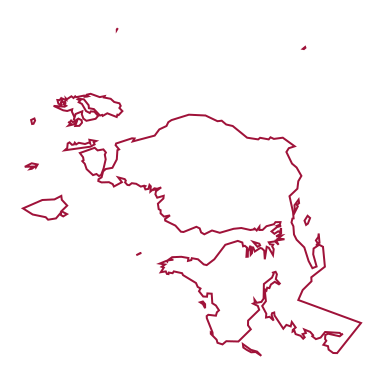 map outline of Papua Barat (orthographic projection)
{"feature_id": "IDN-1933", "entity_name": "Papua Barat", "entity_type": "Province", "adm_level": 1, "iso_a3": "IDN", "parent_name": "Indonesia", "parent_adm1": "", "projection": "orthographic", "projection_center": [132.375, -1.612], "detail": "fine", "context": "isolated", "style": "outline", "palette": "rose", "viewbox_px": 384, "rotation_deg": 0, "n_neighbors": 0, "source": "natural_earth", "source_scale": "10m", "svg_char_len": 5979}
<svg xmlns="http://www.w3.org/2000/svg" viewBox="0 0 384 384"><path d="M337.1,353.1L333.2,353.0L328.6,349.6L328.0,346.2L323.4,344.8L326.3,340.8L325.1,339.1L325.3,335.1L328.0,333.7L339.7,336.3L342.9,333.7L341.4,334.6L339.7,332.9L325.1,332.0L320.6,337.6L315.9,339.1L312.2,336.2L313.1,335.2L310.2,331.9L304.3,329.5L305.9,333.0L302.6,334.1L304.7,337.3L303.2,338.7L300.6,335.8L295.6,334.1L294.4,330.7L292.6,331.6L292.8,329.9L295.7,327.5L291.8,322.0L290.7,326.4L286.4,324.9L283.3,328.7L274.5,315.4L274.2,312.5L272.1,313.2L271.6,315.0L273.6,320.5L269.6,316.8L266.0,317.5L266.3,313.7L262.2,306.0L265.9,301.2L264.8,290.7L265.3,289.7L266.4,290.7L267.2,287.7L269.4,288.1L270.9,284.5L274.7,281.8L278.9,284.3L279.8,283.5L275.8,279.1L276.9,274.3L275.6,271.8L273.0,272.6L273.7,273.7L272.0,277.6L263.9,284.0L263.6,298.6L261.4,301.9L256.7,302.8L254.5,299.6L254.8,302.8L253.1,303.6L257.8,305.9L259.2,309.8L248.1,320.6L248.0,325.3L250.8,329.3L238.4,341.5L226.3,341.2L222.5,344.4L217.5,342.8L216.6,339.7L210.8,333.8L210.8,332.5L212.6,333.7L212.5,332.4L206.8,318.1L206.7,316.1L208.3,314.8L215.9,315.7L216.9,312.3L219.0,310.3L215.9,305.5L212.3,303.2L211.7,293.7L207.4,293.4L207.0,296.7L203.2,296.5L199.0,291.2L200.5,288.5L197.7,286.9L196.0,283.0L183.0,275.1L182.1,273.2L173.8,271.4L172.6,273.2L168.8,272.6L168.5,274.1L166.9,273.9L165.8,271.4L160.8,272.2L163.8,267.6L161.7,266.8L165.0,264.5L159.7,263.6L166.3,260.9L167.3,261.7L167.7,260.4L173.4,259.7L169.0,259.4L172.1,257.2L181.3,256.8L188.4,258.0L188.0,260.9L191.3,260.1L191.8,258.2L198.0,259.3L203.7,264.4L206.7,265.1L214.3,259.3L225.3,244.8L237.8,240.9L242.3,242.5L243.1,246.3L244.8,245.8L247.0,247.6L246.4,256.8L247.8,256.7L247.9,251.6L250.4,245.7L250.7,254.7L252.0,253.1L252.1,247.3L253.2,247.5L254.8,251.5L260.2,248.0L261.8,248.4L264.2,250.6L264.8,259.3L266.7,246.8L268.8,247.8L273.0,255.1L273.7,249.1L272.2,246.5L273.2,244.7L270.0,244.3L268.8,242.3L275.0,241.4L278.6,244.7L276.0,240.6L284.5,239.2L278.0,238.6L281.9,235.5L276.1,236.4L281.1,233.4L281.1,228.0L279.8,232.3L278.2,231.3L274.4,233.8L271.5,231.4L277.0,227.1L281.1,225.9L277.8,225.5L279.9,224.6L280.5,222.1L275.5,222.1L274.0,224.2L266.5,226.2L262.6,229.9L259.4,230.0L259.4,226.7L256.7,230.5L254.0,227.9L254.6,229.3L250.4,230.0L241.3,228.0L233.6,228.8L219.8,232.8L212.0,230.5L204.3,234.3L201.1,232.4L199.7,228.4L196.4,226.8L183.5,232.0L180.9,231.7L175.4,225.6L165.2,220.6L165.0,219.1L170.0,215.4L164.0,216.6L160.6,213.4L160.6,210.2L158.7,209.1L157.9,203.7L163.4,198.5L163.7,195.8L157.2,197.7L155.4,194.3L156.0,191.2L161.2,187.4L155.0,189.5L155.5,188.5L154.4,188.3L150.4,191.6L150.8,186.3L149.5,184.9L148.4,188.9L145.4,189.4L144.4,187.1L145.4,186.1L144.2,185.7L140.8,186.6L136.2,183.8L131.8,183.2L129.2,185.2L127.4,184.9L125.1,182.4L125.8,180.6L124.7,179.1L118.2,177.4L121.9,182.2L113.9,186.5L112.7,184.1L109.0,182.2L101.5,182.4L98.3,181.0L98.5,179.3L101.6,177.3L103.1,171.4L105.8,169.0L112.4,167.8L116.8,159.4L117.4,150.2L119.1,149.4L115.6,145.2L116.1,143.5L132.0,138.3L134.5,138.5L132.8,141.4L154.7,135.6L159.3,129.4L166.5,126.0L168.3,122.2L171.5,120.1L188.9,114.7L205.5,115.5L217.5,121.2L221.7,120.7L226.2,124.5L232.7,126.0L247.1,137.7L258.2,139.4L260.1,137.8L268.7,139.4L270.5,137.3L273.9,138.9L282.8,137.7L294.7,146.3L288.8,148.2L286.4,152.0L292.0,163.6L296.6,167.5L301.4,175.9L298.3,181.2L297.4,188.7L289.5,196.2L293.0,211.9L293.6,218.4L292.4,218.6L291.5,222.5L293.4,226.3L294.0,234.5L296.6,239.7L304.3,247.4L308.6,261.0L312.4,268.2L316.6,266.5L313.2,254.3L313.6,248.5L317.9,245.6L316.7,244.8L317.4,243.8L323.0,246.8L324.9,266.7L311.3,277.3L311.5,281.3L302.7,290.0L298.3,300.0L361.0,323.0L337.1,353.1ZM119.4,108.0L122.4,111.1L118.6,115.1L117.4,114.7L116.7,117.0L107.3,113.3L102.7,115.9L102.2,114.9L100.0,115.5L93.9,109.1L88.9,108.2L88.6,105.2L83.9,99.3L78.4,98.8L77.7,99.3L80.2,100.5L78.7,102.2L81.9,103.9L86.1,111.1L89.8,113.0L90.8,111.4L94.4,111.7L98.1,115.9L95.6,118.8L86.4,120.8L83.4,118.6L81.8,114.3L82.3,111.3L75.6,114.0L73.7,120.2L74.4,117.2L71.8,111.4L72.2,109.3L67.2,111.0L63.2,110.3L53.6,105.9L64.6,106.7L66.2,105.8L63.9,104.3L65.4,103.2L65.1,101.4L63.8,103.2L63.0,101.8L60.9,102.2L61.4,105.1L58.4,103.7L57.4,100.0L59.7,100.1L60.9,98.5L62.2,101.4L62.2,98.5L66.4,100.1L66.0,98.5L66.8,99.3L71.4,96.3L73.5,98.0L75.2,96.3L76.1,97.2L84.0,95.6L84.4,96.8L87.0,96.6L88.1,96.3L86.0,95.5L86.7,94.7L90.6,93.8L99.7,97.1L104.7,96.1L104.0,97.5L110.7,98.8L114.2,102.0L119.4,103.3L120.7,105.9L119.4,108.0ZM67.2,205.6L61.4,211.2L67.0,214.1L63.2,216.4L61.1,215.2L61.0,212.5L56.0,218.4L48.1,219.7L45.7,217.2L32.7,214.5L23.0,208.4L42.3,200.0L54.5,199.4L61.3,195.9L61.8,199.8L67.2,205.6ZM104.8,154.6L105.7,159.3L103.6,168.4L101.2,174.8L99.0,176.1L96.5,174.0L93.0,175.1L86.6,169.1L84.8,163.8L82.3,161.1L83.6,160.2L83.1,157.3L79.9,153.0L94.7,147.8L97.6,150.4L103.4,149.4L105.9,152.5L104.8,154.6ZM96.2,141.0L93.7,142.3L94.6,144.4L90.3,146.7L64.7,150.3L67.2,148.1L67.7,143.5L69.5,142.4L72.0,144.8L73.9,144.5L74.8,142.7L76.1,144.4L78.8,142.8L85.0,144.0L89.1,142.5L90.2,143.5L89.4,139.8L96.2,141.0ZM81.6,120.2L82.0,122.7L79.4,125.8L75.2,126.0L76.7,121.9L73.7,124.4L68.5,125.6L70.6,123.5L68.1,121.9L69.3,122.7L71.1,120.5L72.9,122.2L78.4,118.6L81.6,120.2ZM257.1,351.6L261.3,355.8L255.7,352.0L251.2,352.3L246.8,349.9L243.3,347.5L242.9,344.1L250.9,349.8L257.1,351.6ZM37.6,164.5L35.9,167.4L35.5,166.2L31.8,168.8L30.1,169.1L32.7,166.6L24.8,166.8L31.7,163.3L37.6,164.5ZM307.6,215.8L310.1,218.0L307.9,223.6L306.1,224.9L304.5,220.7L307.6,215.8ZM298.6,199.6L299.1,203.1L296.9,205.0L297.8,206.4L294.9,212.1L294.5,205.2L298.6,199.6ZM259.3,243.7L260.1,245.4L257.5,246.8L253.1,241.8L259.3,243.7ZM318.7,233.5L319.5,242.7L317.6,243.1L315.9,240.4L318.3,237.0L318.7,233.5ZM34.4,118.5L35.1,120.6L33.5,123.8L32.1,124.0L31.1,120.0L34.4,118.5ZM205.1,304.1L205.1,308.2L202.9,304.1L200.1,302.3L202.9,301.5L205.1,304.1ZM136.3,255.2L140.4,253.0L141.3,252.9L136.3,255.2ZM302.8,48.9L305.1,47.0L305.4,47.8L303.9,49.1L302.8,48.9ZM116.8,29.4L117.8,28.2L116.8,29.9L116.8,29.4Z" fill="none" stroke="#9f1239" stroke-width="2"/></svg>